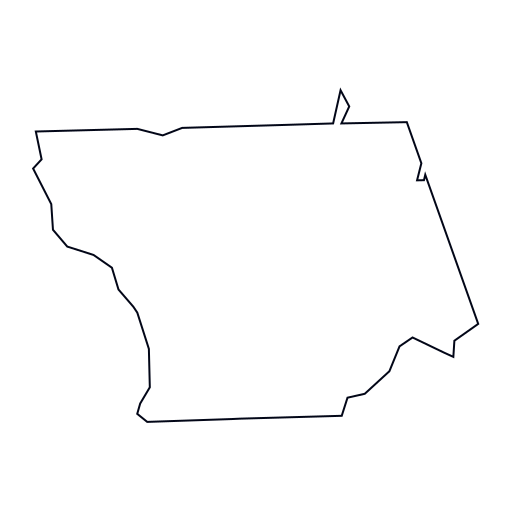 outline of Coweta, Georgia, United States of America, rotated 178°
{"feature_id": "52423323B16725270488518", "entity_name": "Coweta", "entity_type": "district", "adm_level": 2, "iso_a3": "USA", "parent_name": "United States of America", "parent_adm1": "Georgia", "projection": "albers", "projection_center": [-84.751, 33.351], "detail": "fine", "context": "isolated", "style": "outline", "palette": "ink", "viewbox_px": 512, "rotation_deg": 178, "n_neighbors": 0, "source": "geoboundaries", "source_scale": "gbopen_adm2", "svg_char_len": 670}
<svg xmlns="http://www.w3.org/2000/svg" viewBox="0 0 512 512"><g transform="rotate(178 256 256)"><path d="M475.7,351.2L458.8,315.0L458.0,289.3L444.3,272.0L418.3,262.7L400.4,249.3L394.6,227.3L380.3,209.5L376.6,203.5L366.3,166.9L366.7,128.5L376.9,112.6L380.2,102.4L370.5,94.0L285.8,93.9L277.7,94.0L175.9,93.3L169.5,111.2L152.1,114.5L126.7,136.2L115.7,160.7L102.4,169.1L71.5,152.9L62.3,148.3L60.7,164.4L36.3,180.4L84.0,331.3L85.5,325.9L92.4,326.0L87.5,342.9L100.6,384.5L106.4,384.6L166.0,385.5L157.6,402.2L165.7,418.7L174.3,385.8L222.8,386.0L325.3,386.6L345.0,379.8L370.2,387.2L471.7,388.1L466.9,360.1L475.7,351.2Z" fill="none" stroke="#020617" stroke-width="2"/></g></svg>